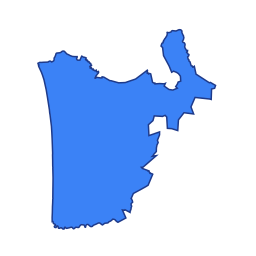 the district of San Marcos, Guerrero, Mexico, rotated 77°
{"feature_id": "50627088B28272611145429", "entity_name": "San Marcos", "entity_type": "district", "adm_level": 2, "iso_a3": "MEX", "parent_name": "Mexico", "parent_adm1": "Guerrero", "projection": "mercator", "projection_center": [-99.468, 16.852], "detail": "fine", "context": "isolated", "style": "filled", "palette": "blue", "viewbox_px": 256, "rotation_deg": 77, "n_neighbors": 0, "source": "geoboundaries", "source_scale": "gbopen_adm2", "svg_char_len": 5596}
<svg xmlns="http://www.w3.org/2000/svg" viewBox="0 0 256 256"><g transform="rotate(77 128 128)"><path d="M65.8,52.5L65.7,53.3L65.4,53.6L63.2,54.3L62.4,54.5L61.6,54.5L59.8,53.7L59.0,53.6L58.2,53.8L57.9,53.9L57.6,54.1L57.0,55.0L56.3,55.4L56.0,55.4L55.5,55.3L54.5,54.2L52.7,53.3L52.2,53.2L51.4,53.3L50.4,53.2L49.5,53.6L46.9,54.0L46.4,54.0L46.1,53.7L45.4,53.7L44.6,54.2L44.2,54.5L44.0,55.0L43.7,56.1L43.8,57.0L44.2,58.7L44.2,59.7L43.1,62.8L43.3,63.7L44.1,64.5L44.3,66.3L44.1,67.4L43.7,67.9L43.7,68.4L44.8,68.5L45.4,68.7L46.7,69.3L47.8,70.4L49.1,71.7L49.3,72.1L50.4,73.1L51.0,73.8L51.3,73.9L51.6,73.9L51.8,74.3L52.1,74.5L52.8,74.6L53.0,75.7L53.2,75.9L54.3,76.7L54.7,76.8L55.2,77.2L55.6,77.4L57.4,76.2L65.5,77.1L76.8,74.0L83.5,72.9L82.9,70.8L84.7,68.2L86.4,66.6L89.2,65.3L90.7,65.5L94.2,66.1L94.5,68.8L96.4,70.1L98.4,72.2L100.3,71.0L101.1,75.6L101.0,76.1L99.7,79.4L95.3,83.3L92.9,81.6L93.1,82.8L91.8,87.2L91.1,91.8L90.2,91.7L90.0,92.7L89.0,93.8L80.4,93.7L79.8,94.5L79.7,94.9L80.0,95.8L79.7,96.0L79.3,95.8L78.9,96.0L79.0,96.7L78.9,97.0L77.4,96.6L76.9,96.2L76.3,96.1L76.0,96.2L76.2,96.6L76.4,97.0L82.0,109.6L83.1,120.4L81.9,126.9L78.0,134.1L77.8,135.0L73.0,140.1L72.3,141.7L73.3,142.1L73.0,143.5L71.4,147.6L72.1,148.1L72.1,148.4L72.1,148.8L71.9,148.9L71.5,148.4L70.3,147.7L68.4,145.5L67.8,144.6L67.3,144.2L67.1,144.2L66.9,144.1L66.4,144.1L66.2,144.2L66.3,144.4L66.7,144.4L66.7,144.7L66.6,144.8L66.3,144.8L66.2,145.5L66.1,145.9L65.9,146.1L65.4,146.0L65.1,146.4L64.9,146.0L64.5,146.0L64.7,146.5L64.6,147.7L64.1,147.9L63.8,148.4L63.8,148.8L63.7,148.9L63.4,148.9L63.2,149.0L62.9,148.6L62.6,148.7L62.6,148.8L62.8,149.0L62.7,149.5L62.0,150.1L61.8,150.1L61.4,150.0L61.1,150.1L61.0,150.3L61.2,150.7L61.2,151.3L60.9,151.3L60.7,151.1L59.4,151.3L59.3,150.8L59.1,150.5L59.2,150.0L59.1,149.7L58.7,149.4L58.5,149.6L58.5,149.8L58.4,149.9L57.8,149.8L57.3,149.9L56.8,149.8L56.6,149.9L56.4,150.1L56.4,150.4L56.3,150.7L56.1,150.8L55.8,150.8L55.5,151.1L55.3,151.2L55.2,151.2L54.9,151.0L54.3,151.5L54.3,152.2L53.7,152.3L53.2,152.8L53.0,152.3L52.8,152.3L52.3,152.9L52.2,153.5L51.9,153.9L51.6,153.9L51.5,153.7L51.7,153.4L51.1,153.5L50.4,153.0L49.3,154.3L49.2,155.1L48.8,155.7L48.1,156.2L47.6,157.0L51.1,159.6L50.6,161.7L50.2,162.2L49.4,162.5L48.7,162.5L47.8,161.7L47.0,161.5L46.6,163.4L45.8,165.9L45.6,166.3L44.2,168.4L43.3,169.3L42.5,170.4L42.0,171.0L39.7,172.3L39.1,172.7L38.7,173.1L38.5,173.7L38.4,174.5L38.6,175.3L39.0,176.0L39.2,176.5L39.3,177.7L39.3,178.1L39.1,179.2L39.1,179.5L39.0,180.1L39.0,180.9L39.4,181.4L39.8,181.7L40.0,181.7L40.5,182.0L41.8,182.9L42.3,183.2L42.8,183.9L43.3,184.2L44.0,184.5L44.9,184.6L45.9,185.4L46.5,187.4L46.4,187.7L45.7,188.2L45.4,188.6L45.2,189.3L45.3,189.9L45.7,191.0L45.6,192.1L44.9,195.7L44.6,197.7L44.2,199.2L44.7,201.2L45.9,201.1L46.2,201.0L46.6,200.6L46.9,201.1L47.2,201.2L48.2,201.1L54.4,199.8L57.6,199.4L62.1,199.0L72.3,199.1L80.3,199.6L92.7,200.5L95.6,200.9L97.7,201.0L105.1,201.8L109.0,202.2L115.6,203.3L122.7,204.6L135.6,207.1L137.3,207.6L142.6,208.7L148.0,209.9L149.6,210.1L150.2,210.3L159.9,212.3L178.8,216.9L179.4,216.9L180.7,217.4L183.8,218.2L187.6,219.3L193.6,220.8L197.9,222.0L202.0,222.9L201.9,222.5L202.2,222.2L203.9,222.2L204.5,221.9L205.4,220.8L205.9,220.5L206.5,220.6L206.9,221.5L207.2,221.9L207.5,222.0L208.1,221.9L208.4,221.6L208.7,221.0L208.8,220.6L208.5,220.2L207.7,219.5L207.5,219.0L207.6,218.6L207.9,218.4L208.5,218.3L209.4,218.4L209.7,218.3L210.0,218.2L210.3,217.4L210.1,215.9L210.3,215.3L211.9,214.0L212.0,213.2L211.9,212.8L211.7,212.6L210.7,212.3L210.6,212.2L210.5,211.9L210.5,211.6L211.8,210.7L212.0,210.2L212.0,207.9L211.9,205.9L212.0,205.2L212.4,204.7L213.7,204.0L213.9,203.8L214.0,203.5L213.9,203.1L213.3,201.9L213.0,201.3L213.1,200.6L213.8,198.9L213.6,198.0L212.2,196.5L211.7,195.3L212.2,193.7L212.6,192.7L213.0,192.5L213.5,192.4L214.9,192.2L215.1,192.0L215.1,191.7L213.5,190.9L213.1,190.5L212.8,189.8L212.9,189.0L213.0,188.7L213.5,188.2L215.0,187.2L215.5,186.7L215.7,186.4L215.9,185.6L215.8,184.8L215.0,183.7L214.5,180.7L213.9,178.2L214.0,177.4L214.3,176.8L214.8,176.4L216.4,175.1L216.7,174.6L216.4,173.9L216.0,173.1L215.6,171.9L215.9,169.5L215.9,168.9L215.7,168.5L215.1,167.7L214.9,166.5L214.3,164.7L213.9,164.2L213.5,163.6L213.4,163.4L213.7,162.4L214.0,161.9L214.7,161.1L215.7,160.7L216.3,160.2L217.1,159.6L217.6,159.0L215.2,150.3L206.6,151.9L207.4,149.8L207.0,149.3L210.7,145.0L209.6,144.7L209.3,144.3L209.2,144.2L208.7,144.2L208.3,143.7L207.5,143.2L206.2,142.9L205.7,142.4L205.0,142.0L204.6,142.0L204.1,142.3L202.6,142.0L202.3,141.9L201.9,141.2L201.4,140.2L200.8,140.1L200.6,140.2L199.6,140.1L198.5,140.5L198.4,140.4L197.7,140.5L197.4,140.8L193.0,137.5L189.3,124.3L188.3,121.3L178.6,114.3L177.7,115.2L177.6,116.1L177.2,116.7L176.9,116.8L176.8,116.6L176.6,116.5L176.0,117.1L175.0,117.2L174.8,117.6L174.5,118.0L174.3,117.6L170.7,123.0L169.3,123.8L169.5,122.1L161.3,106.6L161.0,110.6L160.2,109.3L159.8,109.2L159.4,108.8L159.1,108.3L157.3,105.7L153.8,104.8L151.1,103.6L149.0,101.9L146.6,102.1L141.8,98.8L138.9,98.1L140.1,109.3L129.4,107.4L126.4,102.0L122.1,99.7L124.1,93.0L124.5,91.9L124.0,89.0L126.0,87.8L137.2,89.7L138.5,85.5L141.7,80.1L131.4,77.0L125.7,70.0L129.1,60.9L121.6,61.9L113.3,55.8L118.2,41.7L118.9,40.5L108.8,37.8L108.8,34.7L106.2,33.1L102.1,37.5L102.2,38.6L90.8,49.6L82.8,49.5L83.4,50.8L83.3,51.1L83.2,51.3L82.2,51.3L82.0,51.5L81.8,52.1L81.5,52.4L79.6,52.6L78.6,52.6L77.2,52.8L76.3,53.6L75.4,53.3L74.5,53.9L72.1,53.9L71.9,53.7L71.5,52.8L70.4,52.1L70.0,52.2L69.8,52.7L69.6,52.8L69.0,53.0L68.4,53.1L68.1,53.5L67.5,53.9L67.0,53.6L66.8,53.3L66.7,52.9L66.5,52.7L66.1,52.5L65.8,52.5Z" fill="#3b82f6" stroke="#1e3a8a" stroke-width="1.5"/></g></svg>